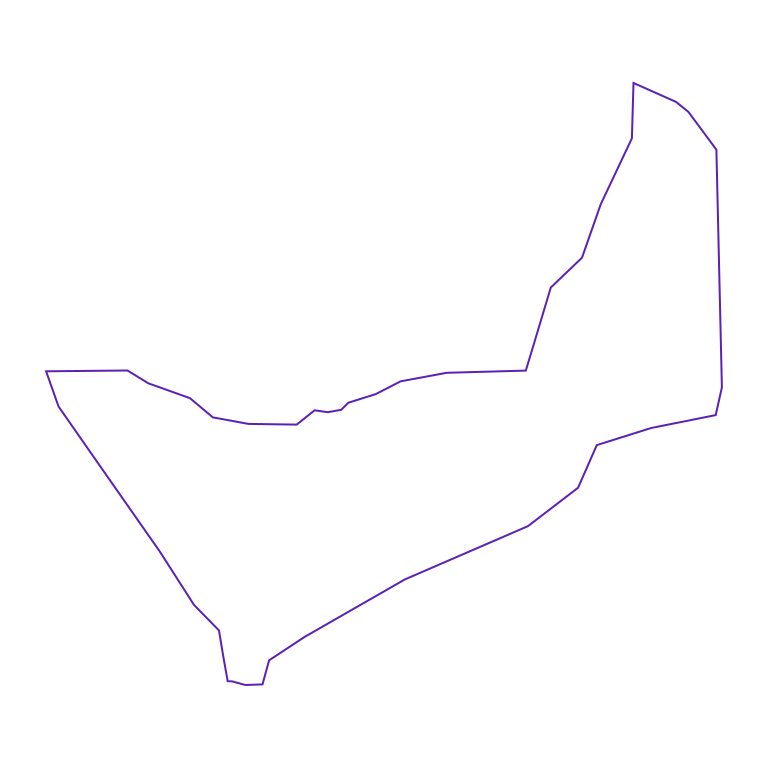 an SVG outline of Koubia
{"feature_id": "GIN-5645", "entity_name": "Koubia", "entity_type": "Prefecture", "adm_level": 1, "iso_a3": "GIN", "parent_name": "Guinea", "parent_adm1": "", "projection": "orthographic", "projection_center": [-11.818, 11.71], "detail": "fine", "context": "isolated", "style": "outline", "palette": "violet", "viewbox_px": 768, "rotation_deg": 0, "n_neighbors": 0, "source": "natural_earth", "source_scale": "10m", "svg_char_len": 651}
<svg xmlns="http://www.w3.org/2000/svg" viewBox="0 0 768 768"><path d="M633.5,83.0L676.0,101.9L688.4,111.9L716.4,149.7L721.9,387.4L715.7,415.1L651.1,428.0L596.8,445.1L578.1,487.7L528.0,526.1L404.9,579.4L304.6,636.9L269.1,660.3L262.5,684.4L245.4,685.0L232.3,681.4L227.7,681.2L223.2,656.0L219.0,630.5L194.0,604.9L159.7,551.4L100.2,466.3L58.6,406.6L46.1,371.3L127.5,370.5L148.3,383.3L190.0,398.2L212.9,417.4L248.4,423.9L296.7,424.6L314.6,410.3L327.8,412.2L341.2,409.8L348.4,402.7L375.7,394.1L400.7,381.3L446.6,372.8L525.8,370.6L534.2,342.9L550.8,287.5L582.0,257.7L600.7,204.4L631.9,138.3L633.5,83.0Z" fill="none" stroke="#5b21b6" stroke-width="2"/></svg>